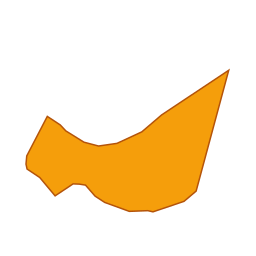 the border of Šalovci, rotated 110°
{"feature_id": "SVN-196", "entity_name": "Šalovci", "entity_type": "Municipality", "adm_level": 1, "iso_a3": "SVN", "parent_name": "Slovenia", "parent_adm1": "", "projection": "albers", "projection_center": [16.282, 46.821], "detail": "fine", "context": "isolated", "style": "filled", "palette": "amber", "viewbox_px": 256, "rotation_deg": 110, "n_neighbors": 0, "source": "natural_earth", "source_scale": "10m", "svg_char_len": 499}
<svg xmlns="http://www.w3.org/2000/svg" viewBox="0 0 256 256"><g transform="rotate(110 128 128)"><path d="M216.7,173.3L204.7,194.0L201.1,208.8L200.0,209.5L196.8,211.5L188.9,213.6L144.7,207.8L148.3,192.7L152.0,185.4L156.4,164.6L155.0,149.5L146.2,133.1L126.9,113.7L104.1,100.8L39.3,53.1L164.0,42.4L177.8,50.3L198.2,75.8L198.3,76.2L198.9,81.1L205.9,98.3L205.9,124.4L203.3,135.6L196.2,148.4L197.4,154.6L199.3,160.5L216.0,172.8L216.7,173.3Z" fill="#f59e0b" stroke="#b45309" stroke-width="1.5"/></g></svg>